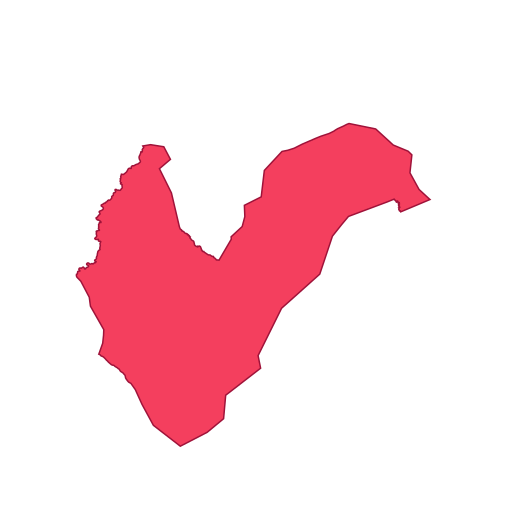 the district of Xerlen, Hentiy, Mongolia, rotated 157°
{"feature_id": "93677404B8842524525431", "entity_name": "Xerlen", "entity_type": "district", "adm_level": 2, "iso_a3": "MNG", "parent_name": "Mongolia", "parent_adm1": "Hentiy", "projection": "orthographic", "projection_center": [110.645, 47.634], "detail": "fine", "context": "isolated", "style": "filled", "palette": "rose", "viewbox_px": 512, "rotation_deg": 157, "n_neighbors": 0, "source": "geoboundaries", "source_scale": "gbopen_adm2", "svg_char_len": 6008}
<svg xmlns="http://www.w3.org/2000/svg" viewBox="0 0 512 512"><g transform="rotate(157 256 256)"><path d="M400.0,110.5L369.8,112.8L349.4,118.9L338.3,139.7L295.6,150.9L293.0,163.5L252.9,197.9L204.4,214.4L177.9,244.4L165.0,251.4L155.4,256.3L113.9,254.5L106.7,254.4L106.7,253.9L106.4,253.8L106.3,253.6L106.3,253.1L106.0,252.6L106.0,252.1L105.5,251.8L105.4,251.7L105.5,251.2L105.7,250.8L105.7,250.7L105.3,250.6L104.9,250.8L104.8,250.6L104.6,250.6L104.4,251.0L104.2,251.1L104.1,250.2L104.0,249.9L104.3,249.7L104.4,249.1L104.1,249.0L103.7,249.4L103.3,249.2L103.8,248.5L103.8,247.8L104.6,247.7L104.9,247.4L104.9,247.2L104.4,247.2L104.7,246.9L104.6,246.5L105.0,246.5L105.1,246.4L105.1,246.2L105.0,245.5L104.7,245.2L105.0,244.9L104.9,244.5L105.9,244.6L105.9,244.4L105.8,244.0L105.8,243.8L106.4,242.9L106.2,242.6L106.3,241.6L106.2,241.3L106.0,241.2L105.5,241.1L105.5,240.7L105.3,240.4L105.4,240.1L73.8,240.0L79.9,253.5L81.8,272.4L73.0,288.2L75.0,293.0L86.3,304.5L96.2,326.2L118.6,341.6L121.0,341.7L124.8,341.4L131.0,341.3L133.8,340.9L135.6,340.5L140.8,340.2L149.4,340.9L155.0,341.0L169.7,340.9L178.7,340.3L185.4,340.9L191.2,342.1L214.9,331.5L228.1,308.4L246.9,307.2L250.9,296.6L257.2,288.5L271.4,283.4L272.2,281.1L291.7,266.6L292.7,267.3L293.6,267.6L294.1,268.1L294.1,268.7L294.4,269.1L294.6,269.9L295.6,271.3L295.5,271.6L295.4,271.8L295.3,272.1L295.4,272.3L296.8,273.0L297.1,273.4L297.2,273.8L297.9,274.9L299.5,275.7L301.9,279.4L302.3,280.3L302.3,280.5L302.9,280.6L303.2,280.9L303.2,281.5L303.6,281.8L303.5,282.5L303.8,282.9L303.6,283.2L303.5,285.6L303.5,286.4L303.7,286.7L304.4,287.4L305.0,287.2L305.4,287.2L305.6,287.7L305.7,287.8L306.1,287.4L306.3,287.3L307.7,288.8L308.1,289.7L308.2,290.3L308.1,291.0L307.8,291.9L307.8,292.8L307.6,293.6L307.7,294.1L309.1,296.0L309.2,296.7L309.4,297.7L309.8,298.6L309.7,298.8L309.1,299.2L309.3,299.5L309.4,300.3L309.6,300.2L309.8,300.3L309.8,300.9L310.0,302.1L310.8,302.3L310.8,302.5L310.7,303.1L310.7,303.3L310.9,303.4L311.2,303.9L311.6,304.1L311.9,304.2L312.3,304.6L312.8,305.8L313.0,306.7L313.1,306.9L313.5,307.1L314.0,307.6L314.1,308.2L314.5,308.3L314.4,309.2L315.2,310.5L315.1,312.9L309.2,347.1L310.8,374.1L297.0,378.4L298.2,392.6L309.6,399.7L317.2,401.5L317.0,400.0L317.0,399.7L317.8,399.2L318.2,399.1L318.8,398.7L319.2,398.3L319.5,397.1L319.9,396.8L320.1,396.4L320.4,396.3L321.0,396.8L321.4,396.8L321.8,396.0L322.2,395.5L322.7,395.1L323.4,394.3L324.0,393.9L325.0,392.8L325.1,392.5L325.5,391.0L325.5,390.3L325.3,388.8L325.5,388.1L325.8,387.7L328.3,386.9L328.7,386.9L330.8,387.1L333.2,386.8L334.4,387.3L335.1,387.3L336.0,386.8L336.2,386.4L336.3,385.9L336.4,385.6L336.8,385.4L338.2,386.3L338.9,386.3L339.4,386.2L341.7,384.4L342.4,383.9L345.0,383.1L346.4,382.9L346.7,383.1L347.8,383.9L348.0,383.9L348.3,383.3L348.7,382.9L349.0,382.5L349.4,382.3L349.6,381.4L349.9,380.8L350.2,380.4L350.7,380.2L350.9,380.1L350.9,379.8L350.9,379.2L351.9,377.8L351.9,377.1L351.7,376.4L351.5,376.2L352.5,375.5L352.5,375.3L351.5,374.2L351.4,374.0L351.8,373.4L352.3,371.4L352.6,371.0L353.0,370.7L353.5,370.6L354.2,370.1L355.2,369.5L356.7,370.1L357.1,370.6L358.1,370.8L358.2,371.0L358.5,371.6L358.7,371.9L358.9,372.1L359.7,372.2L359.9,371.9L360.0,371.7L360.1,371.3L360.0,370.2L360.2,369.9L361.1,369.5L362.2,369.7L362.6,369.5L362.8,369.4L363.6,367.7L363.8,367.5L364.3,367.5L365.3,367.3L365.6,367.1L365.9,366.5L365.9,366.1L366.1,365.7L366.8,365.3L368.7,364.5L369.0,364.5L369.8,365.1L370.0,365.0L370.3,364.8L370.9,365.0L371.8,364.3L373.2,364.2L373.6,363.8L374.0,363.6L374.3,363.7L374.9,364.0L375.7,363.7L378.5,363.4L378.8,362.9L378.9,362.5L377.9,360.9L377.8,360.4L377.8,359.8L378.3,359.0L378.8,358.6L380.6,358.3L382.2,358.4L382.7,358.2L383.1,358.0L383.2,357.7L383.0,356.4L383.0,356.1L383.2,355.6L383.9,355.3L384.8,355.0L386.4,354.1L387.0,353.8L388.2,353.6L388.4,353.5L388.4,353.0L388.5,352.5L388.4,352.3L388.3,352.2L388.1,351.9L388.0,351.3L387.8,351.1L387.5,351.3L387.3,351.3L386.9,350.5L385.7,348.9L385.4,347.9L385.4,347.7L385.5,347.6L385.8,347.4L386.6,348.0L387.1,347.9L387.4,347.6L387.7,347.1L388.5,346.6L388.7,346.3L388.8,345.7L389.3,344.9L389.3,344.0L390.1,343.3L390.2,343.0L390.3,342.8L390.2,342.3L390.0,341.3L390.0,341.0L390.1,340.9L390.5,340.8L391.0,341.1L391.6,341.2L392.2,341.0L392.5,341.1L392.8,341.3L393.3,341.2L393.5,341.0L393.7,340.5L393.7,339.7L394.3,339.0L394.5,338.5L394.5,337.8L394.7,337.0L394.9,336.5L395.4,336.1L396.2,335.7L397.2,335.4L397.5,335.2L397.6,334.7L397.1,333.9L396.6,333.6L394.6,332.9L394.6,332.7L395.1,331.7L395.1,331.4L394.8,331.0L393.4,330.2L393.3,329.8L393.7,329.4L394.6,328.6L394.8,328.2L395.3,326.3L396.8,324.2L397.0,323.0L397.5,322.7L398.7,322.6L400.0,321.7L400.8,320.4L401.2,320.0L402.0,318.4L402.6,318.0L403.5,317.1L403.6,316.5L403.9,315.9L404.5,315.6L406.1,315.2L406.3,314.8L406.2,314.1L405.4,313.4L405.4,313.2L406.4,312.6L407.1,312.9L407.5,312.9L408.3,312.5L409.2,312.4L409.7,313.0L410.1,313.2L411.3,313.2L411.8,313.3L412.3,313.7L412.6,314.6L412.9,315.0L413.4,315.3L413.8,315.4L414.3,315.3L415.0,314.9L415.2,314.2L415.0,313.8L414.2,313.0L414.0,312.6L414.0,312.3L414.2,311.9L415.2,311.5L416.3,311.6L416.9,311.5L417.8,310.9L418.3,310.8L418.7,311.0L418.9,312.6L419.3,313.3L419.9,313.4L421.7,313.0L421.9,313.1L422.5,313.7L423.3,313.8L423.8,313.5L424.1,313.2L424.3,312.8L424.2,312.3L423.9,311.1L424.0,311.0L425.1,311.3L425.9,311.4L426.2,311.3L426.9,310.2L427.3,309.5L427.5,309.3L428.4,309.3L429.1,307.9L429.1,306.4L427.1,301.2L425.6,283.2L428.0,274.5L424.9,247.7L427.3,242.6L431.2,235.6L439.0,227.1L438.8,227.0L438.7,226.6L438.2,226.1L438.0,225.7L437.7,224.7L437.5,224.4L436.6,223.6L435.8,222.5L435.0,220.6L434.3,218.4L433.8,217.5L433.3,215.9L431.6,212.5L430.9,211.7L430.0,211.2L429.6,210.9L428.9,209.4L427.2,207.1L426.9,206.2L426.2,205.4L426.1,204.8L425.9,203.4L425.8,202.9L425.4,202.2L424.2,200.5L424.0,199.9L423.6,198.5L423.2,197.5L423.2,197.0L423.7,194.7L423.6,194.0L423.5,193.6L423.5,193.0L423.3,192.6L423.2,191.8L422.7,190.2L422.4,189.5L420.9,187.6L419.3,180.2L418.9,164.0L416.6,140.2L400.0,110.5Z" fill="#f43f5e" stroke="#9f1239" stroke-width="1.5"/></g></svg>